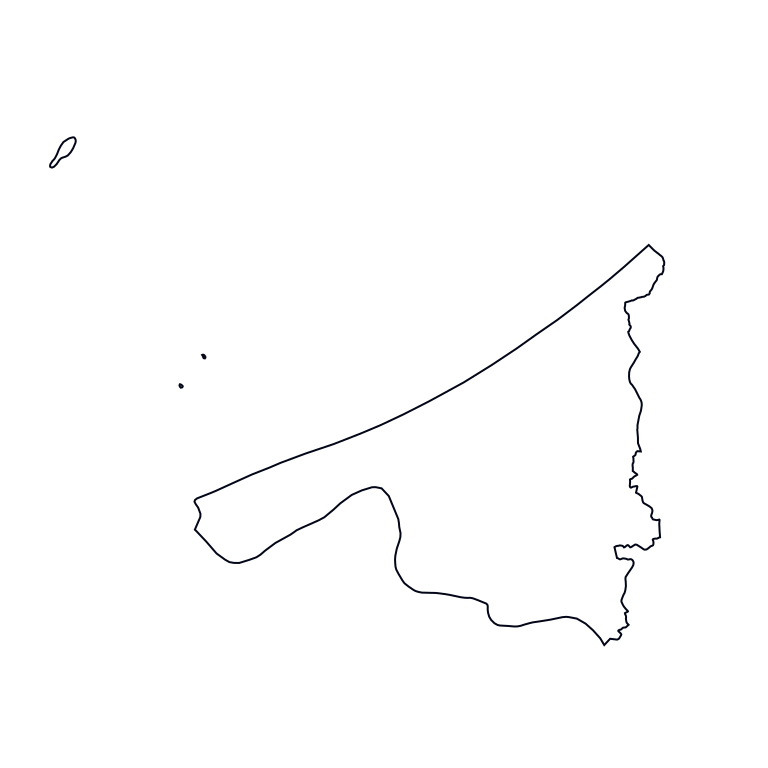 the district of Nghi Xuan, Ha Tinh, Vietnam, rotated 261°
{"feature_id": "81297802B92253150972948", "entity_name": "Nghi Xuan", "entity_type": "district", "adm_level": 2, "iso_a3": "VNM", "parent_name": "Vietnam", "parent_adm1": "Ha Tinh", "projection": "albers", "projection_center": [105.774, 18.664], "detail": "fine", "context": "isolated", "style": "outline", "palette": "ink", "viewbox_px": 768, "rotation_deg": 261, "n_neighbors": 0, "source": "geoboundaries", "source_scale": "gbopen_adm2", "svg_char_len": 6111}
<svg xmlns="http://www.w3.org/2000/svg" viewBox="0 0 768 768"><g transform="rotate(261 384 384)"><path d="M375.7,641.7L379.1,640.4L384.7,637.3L388.6,635.6L393.3,634.0L395.2,633.6L396.5,633.4L397.3,633.4L397.8,634.2L399.4,635.2L400.0,635.6L400.7,636.3L401.2,636.5L401.8,636.7L402.4,636.6L403.1,636.4L403.9,635.8L404.3,635.6L404.5,635.6L405.4,635.9L406.3,635.9L409.4,635.5L409.6,635.6L410.5,636.2L411.1,636.3L413.2,636.5L413.8,636.5L414.8,636.2L415.3,635.8L415.8,635.2L416.4,634.7L418.0,633.9L418.7,633.6L421.7,633.6L423.6,634.4L426.6,635.0L426.9,635.6L427.2,639.0L427.5,640.6L427.8,641.9L427.5,642.8L427.7,643.7L428.6,646.3L428.9,647.0L429.4,647.9L429.4,649.3L429.5,651.6L429.7,652.5L429.6,653.2L429.6,654.5L430.0,655.9L430.8,657.2L431.0,657.8L430.9,658.9L431.0,659.7L431.8,660.5L433.3,660.9L434.0,661.4L435.2,662.8L436.2,663.7L439.7,665.6L441.1,666.6L441.7,667.3L443.1,668.7L443.6,669.4L444.6,670.0L445.4,670.2L446.8,670.8L447.4,671.3L448.8,673.3L449.1,673.9L449.2,674.5L449.0,675.6L451.0,677.0L452.2,677.6L454.2,678.1L455.1,678.2L456.3,678.1L456.9,678.2L457.4,679.0L457.9,679.3L460.2,679.8L461.1,679.8L461.5,679.8L462.0,679.5L462.3,679.4L462.7,679.4L464.5,679.2L465.6,678.9L466.5,678.3L467.6,677.4L468.3,676.6L469.0,676.1L473.0,672.3L474.5,671.1L479.9,667.2L461.9,639.1L452.4,623.5L446.9,614.0L439.1,599.9L431.7,586.8L420.1,565.1L409.1,542.2L398.2,520.3L385.9,493.4L373.1,463.0L359.9,426.0L351.0,398.6L343.8,373.8L338.6,352.6L332.5,324.7L327.6,295.7L322.4,269.9L319.4,258.0L315.2,239.1L309.5,218.3L304.7,201.0L303.5,196.1L300.3,181.6L299.0,179.2L297.4,178.4L294.9,179.2L291.0,181.1L284.6,182.4L281.4,181.8L269.7,174.4L268.3,175.5L256.0,183.9L242.8,192.1L235.4,199.5L232.3,203.4L230.8,207.7L229.9,213.1L231.4,223.5L232.8,230.8L234.7,235.2L238.0,240.5L244.0,251.9L249.8,267.9L251.5,271.5L253.2,274.8L255.2,281.6L259.6,298.2L261.7,304.2L267.9,314.6L273.0,322.2L279.5,334.8L282.4,345.5L283.9,356.0L283.4,359.7L281.3,365.3L272.6,371.2L248.4,377.0L244.2,377.0L240.3,376.7L234.1,377.0L230.2,376.2L226.5,374.6L219.2,370.8L212.5,368.3L208.6,367.4L204.7,367.0L201.5,366.8L198.7,367.1L194.3,368.6L186.8,371.6L183.9,373.1L180.1,376.6L176.7,380.2L175.2,381.9L174.1,383.7L173.1,385.9L172.0,388.9L169.5,402.5L168.5,406.2L167.6,409.1L167.0,411.3L166.2,413.6L165.7,415.2L161.3,426.7L160.2,430.5L159.7,433.0L159.4,435.3L159.1,436.5L158.4,438.3L156.0,442.6L151.1,450.7L149.7,451.6L148.3,451.7L144.7,451.1L141.8,451.0L137.7,451.5L134.2,452.9L130.4,455.7L128.2,458.5L127.3,460.8L125.6,468.7L124.1,474.8L123.7,477.8L123.8,481.3L124.3,484.2L125.0,490.1L125.3,493.7L125.2,499.6L125.2,511.3L125.8,523.9L125.5,527.7L124.8,530.3L122.1,537.8L115.8,545.6L108.1,551.9L99.0,557.8L91.7,560.7L97.0,567.5L95.1,574.1L95.3,575.3L95.6,576.0L96.1,576.6L98.7,578.8L99.6,579.2L100.0,579.1L100.9,578.6L103.1,576.9L103.3,576.8L103.8,576.9L104.2,577.5L104.4,578.5L104.3,579.1L104.5,579.7L104.8,580.3L105.3,580.9L105.7,581.6L105.9,582.0L105.9,583.2L105.8,584.0L105.8,584.7L107.9,587.9L109.7,586.7L110.2,586.4L111.2,586.2L114.3,586.2L115.5,586.6L116.6,586.7L117.6,586.6L118.7,586.2L119.6,586.1L120.0,586.1L121.0,589.1L121.2,589.3L121.3,589.4L122.0,589.1L122.6,588.6L123.3,588.1L124.9,587.1L126.7,586.1L128.2,585.5L131.6,584.5L132.0,584.5L133.3,584.7L135.7,586.0L138.2,587.5L140.0,588.9L142.3,590.0L146.5,591.3L150.7,591.8L152.7,591.9L154.4,592.1L155.6,592.5L159.2,595.7L163.8,600.1L166.0,601.8L167.3,602.3L168.6,602.6L170.0,602.4L171.1,601.9L171.7,601.4L172.3,600.6L172.5,599.6L172.4,598.2L172.5,597.3L173.2,596.3L173.7,595.2L174.3,593.3L174.4,592.5L173.9,590.3L173.9,589.7L174.1,589.2L175.5,587.5L175.7,586.9L186.8,586.1L187.4,587.6L187.6,588.3L187.6,589.1L187.5,590.2L187.7,591.6L187.1,593.6L186.9,594.1L186.2,594.9L185.7,595.2L185.1,595.4L185.1,595.8L185.4,596.7L186.2,597.9L186.8,599.2L186.5,600.0L185.2,601.0L184.2,601.6L184.1,601.9L184.4,603.0L186.1,606.8L186.1,607.2L185.6,608.6L182.1,612.6L180.1,614.6L179.6,615.5L179.5,617.3L179.7,617.9L180.1,618.8L182.0,622.0L182.2,622.9L182.4,624.0L182.8,624.6L183.6,625.0L184.9,625.3L185.9,625.4L186.8,625.4L187.7,625.1L188.2,625.1L188.6,625.4L188.8,625.8L188.9,627.4L188.6,629.3L188.7,629.9L189.3,631.6L189.4,632.7L195.7,633.2L202.9,634.0L206.6,634.9L207.0,634.7L207.0,634.1L206.8,633.1L206.9,631.9L208.2,628.5L209.0,628.1L210.3,627.7L210.8,627.3L211.6,627.2L212.8,627.5L214.7,628.6L216.1,629.1L216.8,629.3L217.7,629.3L218.6,629.1L219.5,628.9L220.5,628.0L221.5,627.1L223.2,625.1L224.3,623.7L225.8,621.8L227.0,621.3L228.4,621.1L232.1,621.1L233.0,620.6L235.5,618.3L237.2,615.9L242.5,618.0L243.2,618.2L243.6,617.9L243.7,617.1L243.6,613.8L243.0,611.8L243.2,611.3L243.8,610.9L244.5,610.8L245.3,610.9L246.5,611.2L248.9,611.8L251.2,612.0L251.5,612.8L251.7,614.2L253.5,616.7L254.2,618.8L254.7,619.9L255.0,619.9L255.5,619.6L257.4,617.6L258.4,616.9L259.1,616.1L262.5,616.7L264.0,616.7L264.9,616.8L266.1,617.1L266.7,617.4L267.0,617.8L267.6,618.1L268.2,618.3L271.4,618.7L272.7,618.7L273.1,618.6L273.3,618.8L274.1,620.5L274.7,621.3L276.2,621.8L276.7,622.1L277.1,622.3L277.9,623.4L278.0,624.2L277.7,624.9L277.2,627.1L278.8,627.0L280.7,626.7L285.8,625.6L291.2,626.4L299.3,627.0L300.7,627.5L303.6,627.9L312.8,631.2L316.2,633.0L317.7,633.7L322.4,635.2L324.6,635.5L325.4,635.5L327.0,635.3L328.6,634.9L330.3,634.1L339.5,631.2L344.5,628.8L345.8,627.8L347.3,627.3L348.9,627.1L350.5,627.0L353.1,627.2L357.2,628.0L360.3,629.3L361.7,630.3L366.1,634.2L368.8,636.3L371.2,638.4L372.6,639.4L374.3,640.3L375.3,641.2L375.5,641.5L375.7,641.7ZM674.8,117.3L675.9,116.6L676.3,115.5L676.2,113.8L675.9,111.7L675.4,110.2L673.1,105.2L669.9,102.1L666.4,99.5L662.1,97.0L658.6,94.4L657.3,93.1L656.2,91.5L653.3,88.9L651.5,88.2L650.7,88.3L650.1,89.1L649.7,89.9L650.2,92.0L652.3,95.0L656.1,98.5L657.2,100.0L657.7,101.0L658.4,105.2L659.2,107.5L662.0,110.9L665.4,113.8L670.5,117.0L671.9,117.5L673.3,117.6L674.8,117.3ZM414.9,183.8L415.7,182.5L415.7,182.3L414.7,181.8L413.6,181.9L412.2,182.6L412.2,184.0L412.9,184.8L413.5,184.8L414.9,183.8ZM441.1,208.9L439.5,209.6L438.6,209.6L437.7,210.0L437.5,210.4L437.3,211.1L437.8,211.6L438.2,211.8L439.0,211.8L440.5,211.1L441.1,210.4L441.3,209.8L441.1,208.9Z" fill="none" stroke="#020617" stroke-width="2"/></g></svg>